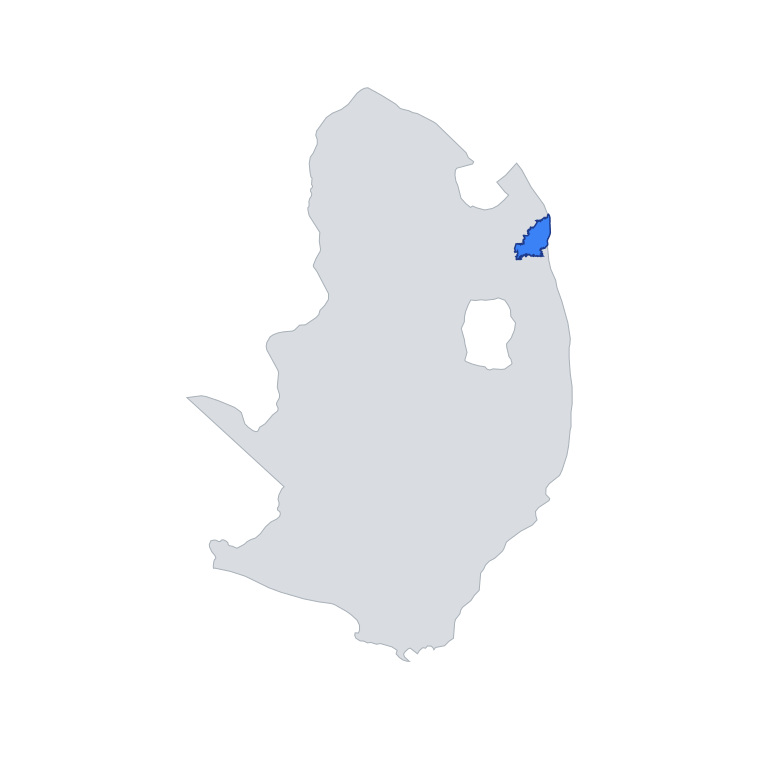 location of Uthungulu, KwaZulu-Natal, South Africa, rotated 314°
{"feature_id": "47623444B51210648784187", "entity_name": "Uthungulu", "entity_type": "district", "adm_level": 2, "iso_a3": "ZAF", "parent_name": "South Africa", "parent_adm1": "KwaZulu-Natal", "projection": "robinson", "projection_center": [31.342, -28.763], "detail": "fine", "context": "in_parent", "style": "filled", "palette": "blue", "viewbox_px": 768, "rotation_deg": 314, "n_neighbors": 0, "source": "geoboundaries", "source_scale": "gbopen_adm2", "svg_char_len": 8994}
<svg xmlns="http://www.w3.org/2000/svg" viewBox="0 0 768 768"><g transform="rotate(314 384 384)"><path d="M519.1,159.8L535.6,157.4L543.0,158.8L551.9,162.6L560.3,164.0L574.4,162.6L579.3,163.2L583.1,164.5L585.9,166.6L590.0,181.8L593.5,198.0L593.4,203.3L593.9,205.3L597.9,212.2L599.4,216.5L601.7,220.0L606.9,237.4L607.5,240.4L607.4,282.4L605.4,287.5L606.2,294.1L603.9,294.9L589.9,286.5L587.4,286.8L583.5,290.0L579.8,294.9L578.1,299.1L571.1,310.4L570.6,317.6L571.2,323.7L573.5,324.0L575.2,328.4L579.1,335.5L585.5,340.0L591.5,342.0L599.9,342.6L606.5,342.4L606.1,337.7L607.6,324.9L618.6,326.5L635.0,326.0L633.8,334.3L627.8,353.2L624.0,374.5L619.1,385.2L616.4,389.6L608.5,397.4L604.4,400.0L600.9,400.9L587.4,416.7L582.4,424.3L577.9,435.4L573.5,441.5L567.0,454.6L555.7,473.8L546.1,486.4L541.9,490.0L539.0,491.7L531.4,499.0L520.8,510.8L512.6,521.3L500.5,533.1L493.4,538.3L482.9,548.5L480.0,550.0L468.1,559.5L459.6,565.2L445.8,571.9L440.3,573.8L427.0,572.1L421.5,573.0L417.0,577.0L416.7,582.8L414.8,583.7L402.6,581.0L397.6,581.5L394.8,584.6L392.5,588.5L385.6,588.7L373.1,584.6L358.5,582.2L355.2,581.9L348.2,584.9L345.7,585.3L335.5,584.7L329.7,582.8L324.3,582.8L320.1,584.3L315.1,584.9L301.7,595.8L294.7,595.8L288.6,597.0L277.8,595.6L274.6,596.3L271.5,598.2L264.2,599.0L261.4,600.6L249.3,610.6L244.2,609.5L237.8,609.4L230.3,604.1L227.5,604.5L228.2,602.9L228.3,600.1L225.6,597.2L222.8,597.4L221.2,595.0L216.8,594.7L213.2,595.5L212.2,586.3L210.4,585.4L206.0,585.2L203.9,585.5L202.9,586.3L201.9,588.4L202.1,594.9L200.5,593.0L198.6,589.2L197.9,585.1L198.3,580.2L201.6,578.4L200.4,572.3L194.8,561.7L191.6,559.4L188.9,554.0L186.3,552.0L185.1,548.2L182.6,545.2L181.6,540.4L182.8,537.6L184.9,536.1L187.1,538.5L189.7,537.6L193.4,534.1L195.4,528.8L195.2,520.4L194.4,515.1L190.9,501.5L189.3,498.3L182.1,488.6L173.7,475.5L162.8,454.9L157.4,442.6L149.3,417.6L142.4,403.5L134.1,390.3L133.0,389.4L134.2,387.8L138.3,384.8L140.2,384.0L141.3,384.3L142.3,383.5L143.2,381.4L143.7,376.8L145.5,371.9L147.2,369.8L150.9,368.4L153.8,370.2L155.1,372.0L155.7,374.4L157.0,375.6L159.0,375.5L160.5,377.0L161.4,380.0L161.3,382.1L160.2,383.5L160.4,385.3L161.9,387.5L163.7,392.3L171.4,394.8L175.8,395.1L179.9,396.4L183.8,398.5L190.2,399.1L199.0,398.0L206.3,398.5L212.1,400.6L216.2,400.9L218.7,399.6L219.8,397.7L219.4,395.2L220.6,393.6L223.5,392.9L225.7,391.0L227.4,387.9L231.3,385.4L237.6,383.4L240.7,383.5L237.3,251.7L248.7,260.8L251.5,265.0L257.3,277.3L263.3,292.6L264.4,299.9L264.2,301.5L258.7,311.5L258.6,316.4L259.4,322.2L260.8,325.1L262.5,326.0L266.5,324.6L272.7,326.1L284.4,325.4L290.3,326.2L291.8,325.7L293.1,324.5L294.5,321.0L295.9,319.9L301.3,318.4L303.7,316.4L307.5,309.5L318.9,300.3L320.2,298.1L327.1,276.1L329.3,273.0L332.5,270.9L338.9,269.3L342.7,270.2L346.8,272.1L351.5,275.3L358.4,281.3L360.8,282.2L367.7,282.4L372.0,286.4L384.8,289.0L388.6,288.9L392.5,286.8L399.1,286.8L406.2,285.3L410.4,281.5L418.4,257.4L419.3,252.1L420.2,250.7L426.9,248.0L435.1,245.9L436.8,244.8L441.9,238.1L448.5,232.5L453.1,213.3L456.1,208.7L457.9,206.8L459.2,206.8L460.9,205.6L463.1,203.2L465.7,201.8L468.8,201.2L470.8,199.7L471.7,197.1L473.3,195.8L475.5,195.9L476.8,195.1L477.1,193.4L482.1,189.2L482.2,187.6L485.1,183.5L490.7,177.0L496.0,173.4L500.9,172.7L510.1,169.4L513.4,166.3L515.5,162.2L519.1,159.8ZM505.3,443.6L513.4,440.4L519.4,436.1L520.7,428.3L525.2,423.5L526.9,419.0L528.2,412.8L525.4,406.4L521.6,404.5L514.8,398.9L511.8,395.1L507.7,391.9L504.7,388.1L500.0,389.4L492.7,392.4L488.2,395.3L484.5,398.6L477.6,401.0L471.4,411.6L469.3,414.0L464.4,421.8L457.2,425.6L457.0,427.0L459.5,433.3L462.9,439.5L466.5,444.7L466.3,447.9L467.5,450.3L470.7,452.0L476.1,458.4L478.7,460.5L486.8,462.0L487.9,461.6L490.1,457.8L490.4,455.1L495.7,446.8L498.0,444.3L505.3,443.6Z" fill="#d9dde1" stroke="#a8b0b8" stroke-width="1"/><path d="M597.8,405.1L598.9,404.0L599.8,402.7L600.3,402.1L600.6,401.9L602.2,401.1L602.9,401.0L604.1,400.5L605.2,400.2L605.9,399.8L606.5,399.6L607.8,398.9L608.6,398.3L609.7,397.1L610.4,396.5L610.7,396.0L611.5,395.3L612.5,394.1L613.6,393.1L614.5,391.9L615.3,391.2L616.0,390.7L616.5,390.3L616.8,390.0L617.2,389.3L618.1,388.7L618.7,388.0L619.3,387.1L619.9,386.1L620.3,385.0L620.4,384.4L619.7,384.2L619.6,384.5L619.3,384.7L618.9,384.7L618.0,385.0L617.6,385.6L617.4,385.7L617.3,385.9L617.2,385.9L616.7,385.6L616.1,385.3L615.7,385.0L615.7,384.8L615.4,385.0L614.7,385.0L614.8,384.2L614.9,383.6L614.2,383.7L612.6,383.3L612.3,383.4L612.1,383.7L611.9,383.8L611.8,383.4L611.5,383.1L611.1,382.9L610.4,383.4L610.1,383.4L609.8,383.6L609.5,383.7L609.4,383.6L609.4,383.4L609.6,383.0L609.5,382.6L609.8,382.3L609.7,382.1L609.3,382.3L609.1,381.8L608.8,381.5L608.5,382.0L608.3,382.0L608.1,381.9L607.8,381.5L607.5,381.3L607.4,381.1L607.6,380.9L607.8,380.9L608.0,380.9L608.4,381.1L608.5,381.0L608.4,380.9L608.1,380.3L607.5,380.2L607.1,379.9L607.1,380.3L606.6,381.9L601.9,382.8L599.8,382.8L600.0,382.1L599.8,382.0L599.4,381.8L599.0,381.3L598.9,381.0L598.7,380.9L598.8,380.7L599.2,380.7L598.8,380.5L598.3,380.8L598.0,380.8L598.0,381.0L598.3,381.3L598.0,381.4L597.8,381.6L597.6,381.7L597.2,381.2L596.6,381.4L596.7,381.7L596.7,381.8L596.3,381.9L595.8,381.6L595.8,380.8L595.5,380.7L595.4,380.7L595.5,381.2L595.4,381.3L595.1,380.9L594.8,380.7L594.5,380.8L594.4,381.1L594.3,381.3L594.0,381.0L593.7,381.0L593.5,381.3L593.7,381.7L594.0,381.9L594.0,382.0L593.7,382.2L593.4,382.8L593.1,382.9L592.9,382.7L593.0,382.5L592.9,382.4L592.7,382.5L592.2,382.8L592.6,384.2L591.7,384.1L590.8,384.4L589.7,383.7L588.1,381.4L587.8,381.2L587.7,381.7L587.3,381.9L587.2,382.2L587.2,382.5L587.3,382.8L587.2,383.1L587.2,383.4L586.6,384.1L586.4,383.8L585.6,384.6L584.8,383.9L584.0,384.5L583.9,384.4L582.9,385.2L583.5,385.7L583.4,385.8L583.0,385.6L582.9,385.7L582.8,386.0L582.8,386.5L582.4,386.8L582.1,387.1L582.0,386.9L581.9,386.7L581.7,386.8L581.1,386.7L580.9,386.6L580.6,386.3L580.4,386.3L580.4,386.2L580.7,385.9L580.8,385.6L580.6,385.6L580.2,385.3L579.9,385.4L579.8,385.2L579.7,385.4L579.4,385.4L579.5,385.3L579.4,385.2L579.7,385.2L579.5,384.9L579.2,384.9L579.1,384.7L579.3,384.6L579.1,384.5L579.1,384.2L578.8,383.8L578.5,383.7L578.4,383.7L578.0,383.5L577.9,383.5L577.9,383.2L578.0,383.0L578.0,382.9L577.8,382.8L577.7,382.7L577.5,382.4L577.1,382.4L576.9,382.2L576.9,381.6L577.1,381.4L572.1,383.9L571.2,385.9L570.6,385.9L570.2,385.8L570.1,386.4L569.8,386.7L570.2,386.9L570.6,387.3L570.9,387.4L571.2,387.8L571.7,388.1L572.2,387.9L570.7,389.8L569.6,389.8L569.0,390.3L569.2,390.9L569.0,391.1L567.7,390.4L567.4,390.3L567.1,390.3L567.1,390.6L567.5,391.1L567.1,391.8L566.5,392.0L566.1,392.3L565.7,392.3L565.6,392.5L565.6,392.8L566.0,392.8L566.1,393.0L566.5,393.1L566.6,393.5L566.6,393.8L567.0,394.1L567.4,393.8L567.8,393.6L568.5,393.8L568.6,394.2L568.9,394.4L568.9,394.6L568.6,394.8L568.0,394.9L567.9,395.1L568.0,395.4L568.9,395.8L569.2,396.1L569.4,396.1L569.5,395.9L569.2,395.2L569.3,394.9L569.4,394.7L569.8,394.6L570.1,394.3L570.1,394.2L570.0,393.9L569.7,393.5L569.7,393.3L570.0,393.2L570.6,393.6L570.9,393.4L571.4,393.7L571.8,393.6L571.8,393.9L571.6,394.4L571.0,394.9L571.2,395.1L571.6,395.2L572.1,395.0L572.5,395.0L572.9,395.3L573.1,395.3L573.5,394.6L573.8,394.7L574.3,395.4L574.4,395.8L574.5,396.1L574.5,396.4L574.3,396.9L574.1,397.3L574.3,397.6L574.8,397.7L575.2,397.6L575.3,397.5L575.4,397.3L575.0,396.9L574.9,396.5L575.3,395.9L575.7,395.6L575.8,395.6L576.1,395.9L576.5,395.9L576.7,396.1L576.8,396.4L576.6,396.7L576.2,397.0L576.7,398.0L576.9,398.0L577.4,397.9L578.0,398.2L578.2,398.4L578.3,398.7L578.3,398.9L578.0,399.2L578.0,399.4L578.3,400.0L578.1,400.8L578.7,401.3L579.2,401.4L579.4,401.7L579.5,401.9L579.4,402.4L579.5,402.8L579.9,403.0L580.2,402.8L580.1,402.4L579.9,402.3L579.6,401.8L579.6,401.7L580.0,401.5L580.4,401.7L581.0,401.7L581.1,402.1L580.8,402.7L580.8,403.2L580.9,403.4L581.3,404.3L581.9,404.8L582.1,404.9L582.5,404.8L582.7,405.3L582.5,405.8L583.5,406.3L583.6,406.8L584.3,407.1L584.6,407.4L584.8,407.7L584.7,407.9L584.7,408.3L584.8,408.4L585.0,408.4L585.4,408.2L585.5,407.6L585.7,407.3L585.9,407.2L586.0,407.3L586.3,408.2L586.1,408.5L585.9,408.8L585.9,409.0L586.2,409.1L586.5,409.4L586.5,408.8L586.9,408.5L586.9,408.3L587.0,408.3L587.1,408.1L586.9,407.7L587.0,407.7L587.2,407.9L587.4,407.8L587.1,407.5L587.4,407.5L587.5,407.3L587.1,407.2L587.4,407.1L587.2,406.9L587.3,406.8L587.3,406.7L587.7,406.8L587.7,406.7L587.8,406.5L587.5,406.3L588.0,406.3L588.5,406.0L589.0,405.6L588.9,405.2L588.7,405.4L588.3,405.3L588.5,405.1L588.6,404.7L588.7,404.4L588.8,404.0L588.7,403.7L588.7,403.4L588.8,403.4L588.8,403.2L589.0,403.2L589.4,403.0L589.5,403.0L589.8,403.1L589.8,402.9L590.0,402.9L590.1,403.1L590.2,402.9L590.3,403.0L590.5,402.9L590.7,403.0L590.8,402.8L591.1,402.8L591.1,402.5L591.2,402.8L591.3,403.2L591.2,403.3L590.9,403.3L590.8,403.5L591.0,403.7L591.4,403.5L591.4,403.3L591.5,403.3L591.5,403.7L591.6,404.0L591.9,404.0L592.4,404.1L592.4,404.5L592.8,404.4L592.7,404.7L592.8,404.8L593.0,404.8L592.8,404.6L593.0,404.5L593.1,404.9L593.3,405.2L593.7,405.2L593.9,405.3L594.2,405.3L594.3,405.4L594.8,405.1L597.8,405.1Z" fill="#3b82f6" stroke="#1e3a8a" stroke-width="1.5"/></g></svg>